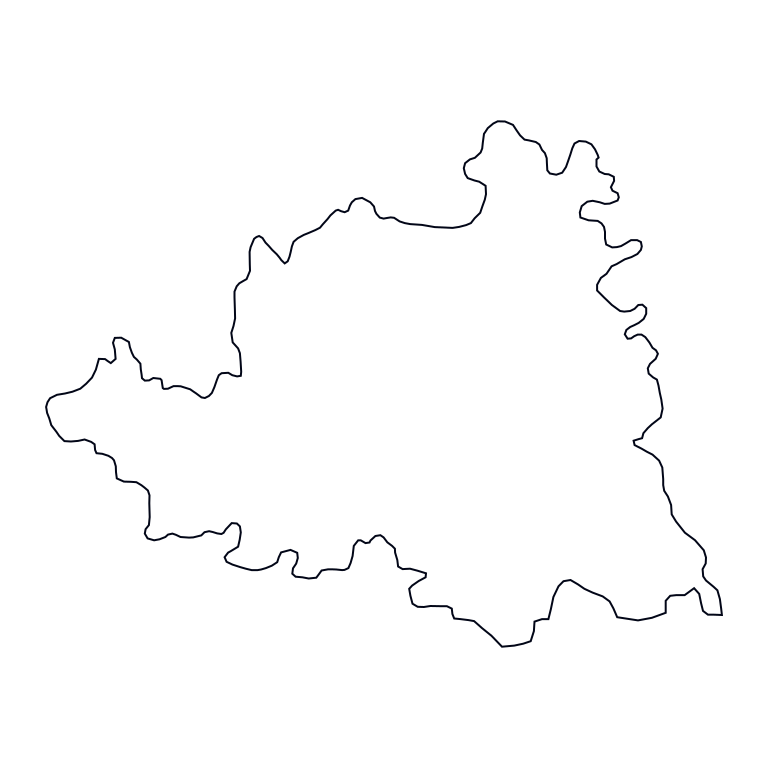 the district of Chervyen, Minsk, Belarus
{"feature_id": "67162791B52884935059856", "entity_name": "Chervyen", "entity_type": "district", "adm_level": 2, "iso_a3": "BLR", "parent_name": "Belarus", "parent_adm1": "Minsk", "projection": "mercator", "projection_center": [28.408, 53.766], "detail": "fine", "context": "isolated", "style": "outline", "palette": "ink", "viewbox_px": 768, "rotation_deg": 0, "n_neighbors": 0, "source": "geoboundaries", "source_scale": "gbopen_adm2", "svg_char_len": 5573}
<svg xmlns="http://www.w3.org/2000/svg" viewBox="0 0 768 768"><path d="M721.9,615.0L721.2,608.9L719.9,599.1L717.4,590.3L713.6,586.8L706.0,580.5L703.2,576.4L702.6,569.2L705.7,563.5L706.0,557.5L703.8,550.3L695.0,540.2L684.9,532.7L676.1,521.6L671.7,514.4L671.1,505.0L667.9,496.5L664.2,490.8L663.2,485.1L663.2,479.1L662.3,467.5L659.1,460.6L652.5,454.6L646.8,451.7L641.5,448.6L634.6,445.1L633.6,440.7L638.7,439.1L642.1,438.2L643.4,433.2L647.8,428.1L651.9,424.3L660.7,417.4L662.6,408.6L661.3,399.5L659.8,392.9L658.5,385.6L656.9,379.6L653.1,377.4L648.7,373.6L647.8,368.3L650.0,363.9L655.7,358.8L657.9,353.8L656.0,350.3L652.5,347.8L649.4,342.5L645.3,337.1L641.5,334.6L637.7,334.6L634.2,336.2L631.1,338.4L627.6,338.7L624.8,334.3L626.4,329.9L630.2,327.0L634.2,325.2L638.7,322.9L643.7,318.9L646.2,313.8L646.2,308.1L642.4,304.7L638.3,305.0L634.6,308.8L630.2,311.0L624.2,311.6L620.1,311.0L611.9,305.0L604.0,297.4L597.1,290.5L597.1,284.8L600.9,277.9L606.5,273.8L611.6,266.3L616.6,264.1L624.8,259.3L631.4,257.1L637.4,254.0L640.9,249.9L641.8,246.4L640.9,242.0L637.1,240.1L631.1,240.1L625.4,243.6L621.0,246.1L616.9,247.1L612.2,247.4L606.2,244.5L605.0,238.6L605.0,231.9L604.0,226.9L601.5,223.4L597.7,220.9L588.6,220.3L580.4,217.5L579.8,212.4L581.7,206.1L587.3,201.7L592.7,200.8L599.9,202.3L604.7,203.9L609.7,203.6L617.6,200.5L618.8,197.3L617.6,193.2L612.5,190.7L610.9,187.2L614.1,180.9L613.8,176.8L608.7,174.3L604.7,174.0L599.3,171.5L596.5,166.5L596.5,159.5L598.6,157.6L597.7,154.9L595.0,149.3L591.4,144.3L585.8,141.6L579.1,141.0L574.5,143.5L572.3,148.3L570.3,154.7L568.2,160.8L566.0,167.0L562.2,172.7L556.3,174.7L549.9,173.5L547.3,170.3L546.9,163.0L546.7,158.2L544.9,153.1L542.0,149.9L539.4,144.5L535.8,142.0L528.9,140.4L524.5,139.6L520.1,135.4L516.6,130.4L513.0,124.9L505.0,121.5L497.7,121.3L493.3,123.5L487.8,128.1L485.0,132.4L484.0,133.8L482.8,142.8L482.2,148.5L480.6,152.5L474.9,157.8L469.9,159.4L465.1,163.2L463.8,168.2L465.1,173.9L467.7,178.1L474.5,180.5L479.2,181.7L485.6,185.8L486.0,194.2L484.8,199.7L482.4,206.3L480.2,212.8L474.7,218.2L470.9,223.1L466.1,225.1L459.2,226.9L452.6,227.9L444.3,227.5L434.8,227.1L421.9,224.9L410.2,224.1L404.8,223.1L399.6,221.4L394.1,217.8L390.7,217.4L386.9,218.0L383.6,218.6L379.8,217.6L376.4,213.8L375.0,211.0L374.0,206.5L370.3,202.3L362.1,197.9L355.4,199.1L351.8,202.3L350.0,205.5L348.2,210.6L344.7,212.2L341.1,211.2L338.1,209.8L335.7,210.6L332.4,213.6L330.4,215.4L327.6,219.0L322.8,224.3L320.0,227.7L315.3,230.1L308.3,233.1L303.8,234.9L297.8,238.2L293.6,241.8L291.9,246.4L290.7,251.9L289.5,256.7L287.7,261.3L284.7,263.4L281.3,260.1L279.6,257.7L276.8,254.3L272.2,249.9L268.8,246.0L265.5,242.6L262.5,238.0L259.1,236.0L256.5,237.0L254.1,238.8L250.6,247.2L249.6,251.9L249.8,264.4L250.0,270.8L246.6,279.1L243.4,280.9L239.3,283.3L236.7,286.3L234.5,291.6L234.5,297.4L234.9,309.9L235.1,318.4L233.5,326.0L231.3,332.9L232.7,342.4L238.1,348.4L239.9,353.2L240.6,361.7L241.2,371.8L240.8,375.8L237.1,376.4L232.3,375.2L228.3,372.8L221.6,373.2L218.8,375.2L217.0,379.6L214.4,387.1L211.9,392.9L208.9,396.0L204.9,398.0L201.5,397.4L196.0,393.3L193.6,391.7L190.2,389.3L180.7,386.3L177.3,386.1L173.6,386.1L171.4,387.1L168.0,388.7L164.0,388.9L162.8,388.1L162.2,384.3L161.6,380.2L160.3,378.8L153.3,378.0L149.1,380.4L144.8,380.6L142.0,378.2L141.6,374.6L140.8,369.4L140.4,363.7L136.8,359.5L133.9,356.9L131.9,352.8L129.9,347.2L128.9,342.0L121.2,337.7L114.8,337.9L113.0,342.8L114.8,349.4L115.6,358.9L110.8,363.1L107.5,360.9L105.1,359.1L99.3,358.9L98.9,358.9L95.9,369.6L92.0,377.6L86.2,383.7L80.3,388.7L72.5,391.7L65.0,393.5L57.0,394.8L50.1,398.2L47.5,402.2L46.1,407.0L46.5,409.2L47.1,412.9L49.3,418.5L51.3,425.2L56.4,431.8L59.2,435.9L64.4,441.1L70.9,441.5L78.1,440.9L84.6,439.5L91.2,441.9L94.6,444.3L95.1,450.0L96.5,453.2L102.3,453.8L108.4,455.8L112.0,458.0L114.0,460.3L115.8,466.3L116.0,472.1L116.8,478.4L123.9,481.6L130.7,481.8L136.4,482.2L141.4,485.2L144.4,487.5L147.9,490.5L149.5,495.3L149.3,503.2L149.7,517.1L148.9,525.1L145.6,529.2L144.8,533.6L147.6,538.4L154.1,540.3L159.5,539.3L165.4,537.0L168.0,534.6L172.4,533.6L175.9,534.8L180.5,537.0L189.0,537.6L193.2,537.4L201.3,535.4L204.5,532.2L209.1,531.2L212.7,532.0L217.2,533.4L221.4,534.0L223.6,532.8L225.8,529.4L231.7,523.1L236.9,523.5L239.9,526.4L240.8,532.4L239.7,539.7L238.1,546.7L230.5,551.3L228.1,552.6L224.6,557.2L226.6,561.8L232.5,564.6L240.2,567.1L245.8,568.7L251.6,570.1L257.7,570.1L261.1,569.5L265.9,568.1L271.8,565.7L277.2,562.2L278.8,557.2L281.1,552.4L290.5,549.9L297.2,552.8L297.8,558.0L296.2,563.6L293.0,568.3L292.3,573.7L295.6,576.7L302.4,577.3L308.7,578.5L316.3,577.7L318.7,574.5L321.6,570.5L328.2,569.3L331.6,569.3L336.3,569.5L342.1,570.1L344.5,569.9L348.4,568.1L350.6,563.0L352.6,556.0L353.8,545.9L358.2,540.3L360.7,540.3L365.5,543.1L369.5,542.5L370.5,540.5L375.4,536.0L380.4,535.2L383.6,537.4L387.3,542.3L392.1,545.9L394.9,548.7L395.1,552.6L397.3,560.0L398.1,566.5L402.6,569.1L410.0,568.7L417.5,570.7L426.0,573.3L425.6,577.3L418.7,581.0L412.1,585.6L409.2,588.8L410.4,595.7L412.5,603.7L417.7,606.8L423.9,607.0L430.4,606.0L441.3,606.2L446.9,606.2L451.8,608.6L452.4,614.0L454.2,618.5L460.4,619.1L468.5,620.1L474.1,621.1L482.0,628.1L491.5,635.8L502.0,646.7L514.3,645.6L523.2,643.7L530.7,641.2L533.9,631.1L534.5,621.6L542.1,619.1L548.4,619.1L550.9,609.0L553.4,597.0L558.5,586.3L563.5,581.2L570.5,580.0L578.0,584.4L584.4,588.8L592.6,592.6L602.7,596.4L609.6,601.4L613.4,608.4L617.2,617.2L638.0,620.4L651.9,617.8L665.7,612.8L665.7,600.8L670.2,595.8L676.5,595.1L684.7,595.1L694.1,588.2L699.2,593.9L701.1,603.3L703.0,610.9L708.0,614.7L714.3,614.7L721.9,615.0Z" fill="none" stroke="#020617" stroke-width="2"/></svg>